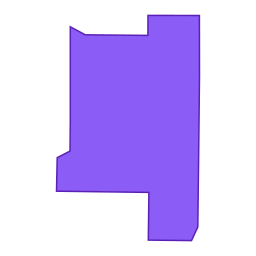 Lamar, Georgia, United States of America
{"feature_id": "52423323B62389899022657", "entity_name": "Lamar", "entity_type": "district", "adm_level": 2, "iso_a3": "USA", "parent_name": "United States of America", "parent_adm1": "Georgia", "projection": "equal_earth", "projection_center": [-84.155, 33.067], "detail": "fine", "context": "isolated", "style": "filled", "palette": "violet", "viewbox_px": 256, "rotation_deg": 0, "n_neighbors": 0, "source": "geoboundaries", "source_scale": "gbopen_adm2", "svg_char_len": 310}
<svg xmlns="http://www.w3.org/2000/svg" viewBox="0 0 256 256"><path d="M70.3,26.8L70.3,121.0L70.0,151.1L57.2,157.6L56.5,191.2L148.9,192.4L148.3,240.1L191.5,240.6L197.8,227.0L198.6,159.9L199.5,76.1L199.4,15.5L148.0,15.4L147.9,35.4L85.2,34.8L70.3,26.8Z" fill="#8b5cf6" stroke="#5b21b6" stroke-width="1.5"/></svg>